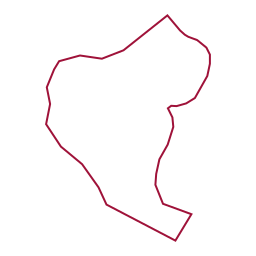 an SVG outline of Vuzenica
{"feature_id": "SVN-1005", "entity_name": "Vuzenica", "entity_type": "Municipality", "adm_level": 1, "iso_a3": "SVN", "parent_name": "Slovenia", "parent_adm1": "", "projection": "orthographic", "projection_center": [15.169, 46.568], "detail": "fine", "context": "isolated", "style": "outline", "palette": "rose", "viewbox_px": 256, "rotation_deg": 0, "n_neighbors": 0, "source": "natural_earth", "source_scale": "10m", "svg_char_len": 533}
<svg xmlns="http://www.w3.org/2000/svg" viewBox="0 0 256 256"><path d="M167.4,15.4L180.1,30.5L184.8,34.7L188.3,36.8L197.2,40.1L206.4,47.6L209.9,54.6L209.9,63.8L207.3,76.0L194.9,98.0L186.2,103.4L176.6,106.1L171.2,105.8L167.9,108.3L172.4,117.4L173.3,126.9L167.7,144.6L159.4,159.3L156.2,173.9L155.4,184.8L163.0,203.8L191.4,214.2L175.4,240.6L106.5,204.6L98.5,187.3L82.1,164.2L60.9,146.6L46.1,124.2L50.1,104.0L46.8,87.3L54.1,69.4L59.1,61.2L80.0,55.5L101.9,58.7L123.5,50.3L167.4,15.4Z" fill="none" stroke="#9f1239" stroke-width="2"/></svg>